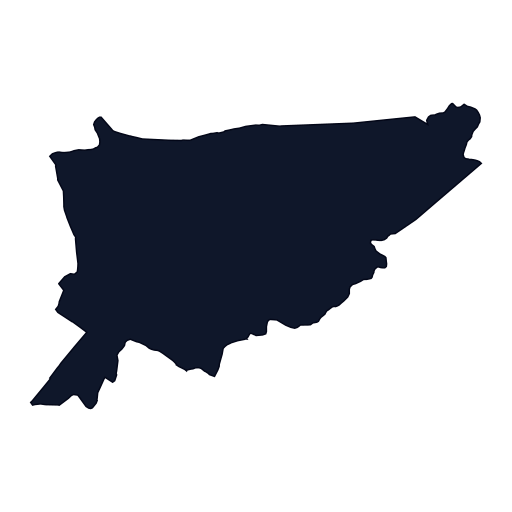 San Antonio Tepetlapa, Oaxaca, Mexico (Robinson projection)
{"feature_id": "50627088B55263870930805", "entity_name": "San Antonio Tepetlapa", "entity_type": "district", "adm_level": 2, "iso_a3": "MEX", "parent_name": "Mexico", "parent_adm1": "Oaxaca", "projection": "robinson", "projection_center": [-98.047, 16.534], "detail": "fine", "context": "isolated", "style": "filled", "palette": "ink", "viewbox_px": 512, "rotation_deg": 0, "n_neighbors": 0, "source": "geoboundaries", "source_scale": "gbopen_adm2", "svg_char_len": 4639}
<svg xmlns="http://www.w3.org/2000/svg" viewBox="0 0 512 512"><path d="M49.8,156.3L56.0,165.0L55.6,166.0L57.8,178.7L57.7,179.6L57.8,180.1L63.4,190.9L63.7,196.8L63.9,204.0L63.9,206.7L64.5,210.2L66.9,217.1L66.9,217.4L70.4,226.3L74.0,234.7L75.7,237.1L75.5,238.8L76.6,251.9L78.0,263.4L78.0,263.6L77.9,266.5L77.6,269.7L77.3,271.9L74.4,274.3L70.4,273.7L64.7,276.8L58.8,283.6L58.8,283.8L63.8,290.3L59.3,301.6L59.0,303.8L58.2,306.3L55.7,309.4L57.9,312.4L72.1,321.7L72.5,321.7L80.2,327.3L86.8,332.3L73.8,347.6L73.6,347.9L61.0,363.1L59.1,365.9L57.4,367.9L49.8,378.1L50.5,378.7L42.9,388.0L32.1,401.1L30.7,402.4L32.6,405.1L35.0,404.5L40.6,403.9L45.4,404.6L58.2,404.9L59.2,405.2L68.4,398.3L71.1,395.7L72.5,394.9L73.6,394.5L77.8,395.1L79.3,397.1L86.1,406.5L88.7,408.1L90.7,408.5L92.4,407.8L96.1,403.2L97.2,400.4L96.9,399.7L97.2,397.8L97.7,392.7L99.9,388.0L104.0,378.9L105.0,377.3L105.7,377.7L112.6,382.2L114.7,380.7L116.6,374.9L116.1,373.3L116.6,371.0L117.9,360.6L116.9,355.1L118.9,351.7L121.7,349.2L123.8,346.5L124.5,345.4L124.7,344.4L125.0,342.8L125.4,342.0L127.1,340.4L130.3,339.2L131.0,339.5L136.5,341.7L139.3,342.3L146.0,345.5L149.2,348.2L151.3,349.2L154.1,350.0L155.7,350.2L157.5,350.4L158.4,350.7L159.6,351.2L162.9,353.3L167.0,356.3L170.5,358.8L172.8,360.5L174.3,361.9L176.6,364.4L176.3,364.8L177.5,365.6L179.0,366.6L180.9,367.5L185.1,369.6L185.4,370.0L185.9,370.4L186.4,370.7L186.6,370.9L186.8,370.4L186.6,370.1L191.1,369.0L191.8,369.0L193.6,368.6L195.0,367.9L196.1,367.8L196.9,367.7L199.0,367.7L201.2,368.4L204.5,371.1L206.2,371.9L207.7,373.0L208.6,373.4L209.0,374.2L209.5,374.6L214.5,376.4L217.8,370.0L219.1,366.5L219.3,364.1L222.1,354.2L223.1,348.6L223.3,348.2L225.0,346.4L227.1,344.7L230.0,343.4L231.0,342.8L237.6,340.7L244.7,339.3L245.8,338.9L246.5,339.0L246.4,338.9L248.1,336.7L248.4,336.1L249.8,333.6L250.5,333.4L251.8,333.5L253.9,334.5L254.0,334.4L256.1,335.5L262.6,334.9L265.7,333.8L266.4,331.5L266.4,326.6L267.3,322.2L268.4,320.3L270.1,319.4L271.1,319.5L272.9,319.6L276.8,319.9L279.4,321.4L285.8,325.2L290.8,327.3L294.7,328.2L297.2,327.4L298.8,326.3L300.3,325.0L308.1,324.9L310.5,324.7L312.8,322.9L314.0,322.7L316.8,322.2L318.4,321.3L319.9,318.6L321.1,317.2L323.4,315.4L325.0,314.0L325.5,312.8L326.8,310.8L328.5,309.8L329.8,308.7L332.4,306.8L334.2,306.4L335.5,306.6L337.4,305.9L339.1,305.0L341.4,302.9L343.7,301.0L345.3,299.4L347.7,297.0L349.3,293.6L349.3,290.6L349.3,289.2L350.1,286.8L351.2,285.8L352.5,284.5L355.6,283.6L358.4,282.3L360.6,281.3L363.2,279.6L364.6,279.4L366.4,279.4L368.9,278.9L371.1,278.4L372.1,277.1L372.6,274.9L373.8,272.5L374.0,270.8L375.0,268.9L377.4,266.9L378.7,266.9L380.8,267.6L383.0,267.8L384.8,267.8L386.3,266.5L386.6,263.9L386.2,260.7L385.9,257.7L384.8,256.5L382.2,255.1L379.9,254.0L376.0,251.0L374.9,248.8L374.1,246.5L371.8,244.7L370.4,243.1L370.9,240.3L372.7,239.8L374.2,239.9L375.5,239.9L377.3,240.2L379.6,240.4L381.4,240.4L384.2,239.7L386.6,238.1L387.8,236.2L389.1,235.3L390.4,234.0L393.2,233.7L394.6,233.6L395.1,233.6L415.9,219.4L435.7,202.4L481.3,163.4L479.5,161.7L477.4,160.8L475.4,160.2L473.4,159.8L471.4,159.5L469.4,159.5L468.1,159.0L466.5,158.9L465.3,158.5L464.0,157.5L463.1,154.5L463.5,152.7L464.2,150.6L465.0,147.9L466.3,144.6L466.9,142.0L468.5,140.0L470.1,138.8L471.6,136.6L471.7,135.0L473.1,131.4L475.3,128.9L477.3,126.9L478.6,123.9L479.8,121.9L480.2,117.8L479.5,115.1L478.2,112.5L476.6,110.1L475.0,108.9L472.8,108.0L470.6,107.1L468.4,106.6L467.0,106.2L465.1,104.9L464.1,104.3L462.1,105.9L461.0,106.8L459.8,107.2L457.5,107.5L456.0,107.0L452.7,103.6L452.2,103.5L451.5,103.7L449.4,105.7L447.5,108.7L444.9,112.1L443.2,113.0L439.5,113.2L436.2,114.3L435.1,115.0L433.4,115.1L432.2,115.2L430.7,115.4L428.5,117.0L426.7,120.3L427.7,124.5L415.0,116.9L389.3,119.5L353.2,123.2L281.1,126.0L280.1,126.2L278.6,126.1L262.4,124.5L259.3,125.3L255.8,125.1L245.8,126.4L239.4,128.2L235.7,128.7L233.8,129.0L231.8,129.5L230.3,129.8L229.6,130.0L225.1,130.9L223.9,131.9L223.5,132.0L221.4,132.5L219.4,133.0L218.8,133.0L218.1,133.0L217.5,132.9L217.2,132.7L213.2,133.4L211.7,133.5L210.8,133.5L209.2,134.0L204.5,135.3L198.7,136.8L190.1,140.3L187.6,140.3L183.0,140.1L181.3,140.5L169.3,140.3L142.4,139.0L136.4,137.5L131.8,136.5L130.7,136.1L129.6,136.0L120.2,133.4L114.6,131.6L113.0,130.8L112.4,130.3L112.0,129.7L101.1,117.2L99.6,117.2L98.0,118.1L96.4,119.6L94.6,121.9L93.7,124.6L94.7,127.1L95.2,129.8L97.4,133.1L98.6,136.2L99.6,138.6L99.9,141.8L99.5,144.9L97.4,147.3L95.6,147.8L93.3,149.1L90.6,149.6L88.3,149.7L84.7,150.2L81.5,150.0L78.7,149.8L74.1,150.7L72.2,151.4L69.9,152.1L66.9,152.4L64.1,152.6L61.8,152.5L59.2,152.1L57.4,152.2L55.2,152.8L52.4,153.8L49.8,156.3Z" fill="#0f172a" stroke="#020617" stroke-width="1.5"/></svg>